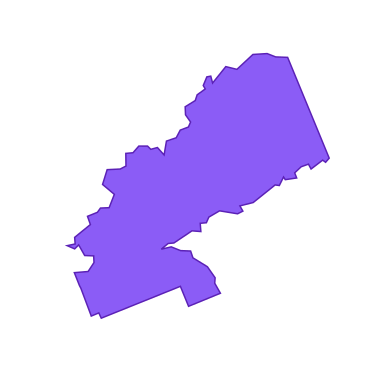 outline of Sutter, California, United States of America, rotated 68°
{"feature_id": "52423323B19973672472498", "entity_name": "Sutter", "entity_type": "district", "adm_level": 2, "iso_a3": "USA", "parent_name": "United States of America", "parent_adm1": "California", "projection": "natural_earth1", "projection_center": [-121.688, 39.02], "detail": "fine", "context": "isolated", "style": "filled", "palette": "violet", "viewbox_px": 384, "rotation_deg": 68, "n_neighbors": 0, "source": "geoboundaries", "source_scale": "gbopen_adm2", "svg_char_len": 1217}
<svg xmlns="http://www.w3.org/2000/svg" viewBox="0 0 384 384"><g transform="rotate(68 192 192)"><path d="M296.5,203.6L285.1,205.1L280.2,202.7L267.1,205.7L253.4,215.8L246.2,215.4L242.1,224.5L235.1,231.8L233.5,241.9L230.8,233.4L232.5,227.9L228.0,206.6L232.0,198.6L224.1,196.1L225.9,190.2L221.6,185.8L219.8,173.5L229.3,157.9L228.8,152.0L222.8,152.8L224.7,139.2L216.6,112.3L218.7,108.6L212.4,101.5L215.5,100.9L218.2,89.7L212.7,89.6L209.5,81.3L209.8,73.6L215.3,73.0L211.4,58.9L214.5,57.0L212.0,52.1L103.0,52.9L98.1,63.8L91.8,70.5L87.3,84.0L95.1,104.4L88.4,113.7L98.7,132.1L91.6,131.2L90.8,135.1L97.5,141.7L101.4,141.1L103.8,150.8L108.4,154.7L110.4,166.4L118.0,169.1L126.6,167.1L130.4,171.0L130.2,179.7L135.8,186.3L135.2,196.6L147.2,204.0L137.8,207.4L137.0,214.2L132.8,216.0L129.5,224.1L133.5,232.0L131.4,238.9L143.2,243.5L143.8,250.0L139.5,262.3L151.5,272.1L165.1,264.9L175.5,274.7L172.6,282.9L175.4,287.3L175.4,298.0L184.1,298.4L190.1,317.8L196.4,319.8L195.0,327.8L200.8,322.1L198.6,316.9L210.7,315.3L214.4,307.1L220.7,309.3L226.8,318.1L222.7,331.3L236.6,331.4L239.6,331.1L267.3,331.8L269.3,331.9L269.2,323.7L275.0,323.4L275.1,238.1L296.7,238.0L296.5,203.6Z" fill="#8b5cf6" stroke="#5b21b6" stroke-width="1.5"/></g></svg>